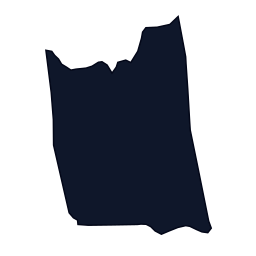 the district of São Benedito do Sul, Pernambuco, Brazil, rotated 177°
{"feature_id": "56859067B38908214593932", "entity_name": "São Benedito do Sul", "entity_type": "district", "adm_level": 2, "iso_a3": "BRA", "parent_name": "Brazil", "parent_adm1": "Pernambuco", "projection": "natural_earth1", "projection_center": [-35.906, -8.816], "detail": "fine", "context": "isolated", "style": "filled", "palette": "ink", "viewbox_px": 256, "rotation_deg": 177, "n_neighbors": 0, "source": "geoboundaries", "source_scale": "gbopen_adm2", "svg_char_len": 836}
<svg xmlns="http://www.w3.org/2000/svg" viewBox="0 0 256 256"><g transform="rotate(177 128 128)"><path d="M183.0,34.3L172.6,33.0L149.5,32.1L123.7,31.2L120.1,31.4L114.9,30.9L110.4,28.3L106.3,23.8L100.2,20.2L92.8,22.9L83.4,26.1L75.5,27.5L71.4,26.6L65.0,23.1L59.6,20.4L53.8,19.3L50.1,23.6L52.3,30.7L60.2,84.3L66.0,122.8L66.1,130.0L66.3,163.3L66.7,188.9L66.7,196.1L68.1,206.9L72.1,236.7L80.8,229.2L89.9,227.7L93.6,227.1L104.9,227.2L108.4,223.0L109.8,216.9L114.2,204.1L121.8,193.2L126.7,195.9L134.7,194.1L136.5,189.4L141.1,183.6L145.6,192.0L150.5,195.5L154.1,195.2L160.6,191.6L166.7,190.0L170.4,189.8L176.7,189.5L182.0,188.8L186.3,192.0L191.0,195.2L193.8,200.5L197.5,204.4L200.1,208.5L205.9,209.9L202.8,167.4L202.1,140.3L203.2,114.8L191.2,46.4L187.2,41.2L183.2,38.7L183.0,34.3Z" fill="#0f172a" stroke="#020617" stroke-width="1.5"/></g></svg>